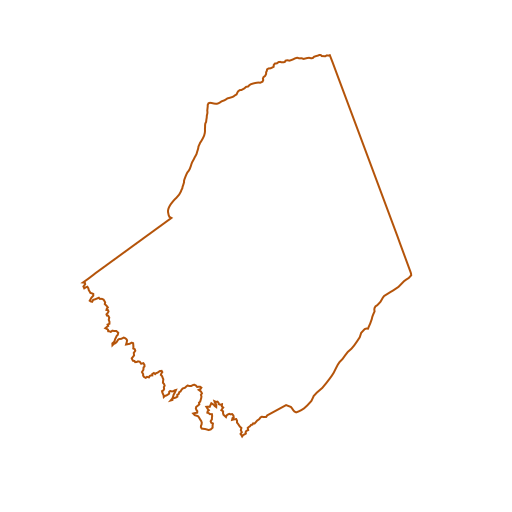 outline of Luís Eduardo Magalhães, Bahia, Brazil, rotated 328°
{"feature_id": "56859067B80722102150800", "entity_name": "Luís Eduardo Magalhães", "entity_type": "district", "adm_level": 2, "iso_a3": "BRA", "parent_name": "Brazil", "parent_adm1": "Bahia", "projection": "albers", "projection_center": [-46.156, -12.199], "detail": "fine", "context": "isolated", "style": "outline", "palette": "amber", "viewbox_px": 512, "rotation_deg": 328, "n_neighbors": 0, "source": "geoboundaries", "source_scale": "gbopen_adm2", "svg_char_len": 6094}
<svg xmlns="http://www.w3.org/2000/svg" viewBox="0 0 512 512"><g transform="rotate(328 256 256)"><path d="M102.6,210.7L103.6,212.2L103.6,213.6L103.5,215.4L102.3,216.6L102.9,219.1L103.1,221.1L101.7,221.5L100.6,222.5L101.8,223.5L101.5,224.9L100.1,225.7L98.3,226.2L98.0,227.5L99.0,228.3L98.9,230.5L97.3,232.1L96.9,234.1L95.8,235.8L93.8,235.5L93.6,237.0L92.1,237.1L90.0,237.4L90.8,238.7L91.4,240.0L90.8,241.5L91.9,242.3L92.6,243.4L94.6,243.2L96.0,244.5L97.8,245.6L98.5,248.1L97.0,249.6L95.6,249.9L94.0,250.9L92.4,251.9L91.1,253.1L89.8,253.7L87.9,254.0L87.0,255.6L88.6,255.2L90.4,255.4L92.0,255.2L93.3,254.6L94.5,254.0L96.0,253.9L97.7,254.8L99.3,255.0L100.6,255.1L101.4,256.2L102.0,257.8L102.0,259.2L100.7,260.6L98.9,262.2L102.3,263.5L104.6,263.6L105.6,264.8L104.6,266.8L103.7,268.4L102.9,269.4L103.8,270.8L103.4,272.4L101.0,273.4L99.9,275.7L97.9,276.4L96.4,276.9L96.2,278.3L96.2,279.8L97.3,280.6L97.3,282.0L98.7,282.7L100.1,282.8L101.4,284.1L101.5,286.5L103.7,287.2L103.7,289.2L102.9,290.6L101.6,290.9L100.2,292.8L97.8,294.0L97.7,296.4L96.9,297.6L96.9,299.1L97.9,300.9L99.5,300.7L100.9,302.2L102.3,301.4L103.7,301.6L104.8,302.3L105.5,301.1L107.4,301.1L107.9,302.7L109.3,302.4L110.6,302.8L113.4,302.6L115.1,303.4L115.0,304.8L113.7,305.3L112.3,306.4L112.7,308.2L112.3,309.7L112.1,311.4L111.1,312.6L109.9,314.2L110.2,315.8L109.8,317.6L108.4,318.3L107.6,320.1L106.2,320.9L104.7,320.8L104.2,322.3L104.0,323.7L103.8,325.2L103.1,326.7L104.7,326.4L106.2,326.8L107.7,326.8L109.4,326.7L110.4,325.2L111.7,325.0L112.8,326.2L114.2,326.9L115.7,326.8L117.1,327.2L114.3,329.1L112.7,329.9L111.1,331.4L109.6,332.5L111.8,333.3L113.3,333.6L114.8,333.6L115.7,332.0L117.2,332.1L118.8,330.8L120.2,330.9L121.9,330.0L123.6,329.5L125.9,330.1L127.9,329.7L129.4,329.6L130.5,330.9L132.1,331.9L133.9,332.0L135.4,332.4L136.4,334.0L136.7,335.9L138.0,336.4L139.3,337.2L139.9,338.7L138.4,339.4L136.5,339.2L137.5,341.7L137.4,343.8L135.7,344.6L135.4,346.0L134.4,347.3L131.5,349.9L129.9,350.2L129.3,351.8L127.2,352.1L125.3,352.3L124.2,353.4L123.9,354.8L124.0,356.5L123.1,357.7L121.2,356.9L119.3,356.3L119.7,358.5L120.9,359.9L121.9,361.1L122.1,362.5L122.0,365.0L122.1,366.8L121.7,368.6L120.5,370.1L119.4,370.8L118.6,371.9L118.5,373.6L121.2,375.8L122.5,377.2L123.6,378.5L125.7,379.1L128.2,378.6L129.4,376.7L130.7,375.2L129.7,373.7L130.0,372.1L132.1,371.1L132.9,369.8L134.0,368.5L134.8,366.8L133.0,365.6L132.7,364.3L131.7,363.1L132.8,362.0L134.3,361.8L134.0,360.0L134.0,357.6L135.4,358.3L136.8,359.4L138.4,358.3L140.1,357.2L141.4,359.9L141.5,361.3L142.2,363.0L143.6,361.0L143.4,358.6L143.8,357.1L144.8,358.6L146.2,359.1L146.4,360.7L146.1,362.1L146.9,363.2L148.6,363.7L147.3,365.5L147.9,367.1L146.4,367.7L144.9,368.4L145.8,370.3L144.8,371.7L144.3,373.4L144.8,375.2L145.2,376.7L146.6,375.6L148.1,375.5L149.7,375.7L150.5,376.8L152.0,377.4L152.3,379.3L151.6,381.0L150.2,381.0L148.9,382.3L150.6,382.8L152.8,383.8L152.6,385.7L151.6,387.2L151.8,388.6L151.9,392.1L152.5,394.1L150.8,395.7L150.6,397.9L148.6,398.7L148.7,400.1L148.6,401.7L150.2,401.0L151.8,401.2L153.3,401.2L153.8,399.9L155.2,399.2L157.1,399.5L157.9,397.4L159.3,397.2L160.7,397.2L162.3,396.6L163.6,397.1L164.9,396.4L166.0,397.3L167.5,396.9L169.7,396.2L172.2,396.1L174.3,395.3L175.8,395.4L177.1,396.6L179.4,397.9L181.0,397.1L202.5,398.4L205.6,402.5L205.8,404.1L205.9,406.7L206.2,408.3L207.2,409.9L209.7,410.4L212.6,410.7L215.9,410.7L220.3,409.9L226.1,408.3L229.6,406.1L230.7,405.3L233.0,404.7L235.1,404.1L242.3,403.0L248.0,401.1L253.1,399.2L256.6,397.8L260.0,396.2L264.4,393.5L267.8,391.5L270.7,390.2L274.8,389.2L279.2,387.4L283.0,386.0L287.8,385.2L291.8,383.9L296.3,382.0L300.9,379.9L304.5,376.9L309.4,375.6L311.2,376.0L312.5,377.0L313.9,375.9L316.9,373.9L320.7,370.9L322.4,369.2L324.5,367.6L327.2,365.8L327.9,364.2L328.9,363.0L330.7,362.0L332.6,362.0L334.7,361.5L337.3,360.8L341.6,358.5L343.5,357.8L351.4,357.8L353.8,357.9L360.4,357.7L368.2,355.8L370.8,355.6L373.8,355.6L377.4,354.6L378.2,352.9L378.6,351.3L384.2,324.5L384.8,321.6L386.3,314.7L409.7,200.3L420.1,149.2L423.5,132.7L425.0,124.8L423.7,124.5L422.4,123.4L420.5,123.3L418.9,122.1L417.7,121.3L417.4,119.9L416.3,119.1L414.8,118.9L412.9,118.3L410.8,117.8L409.1,118.2L407.6,117.6L406.0,116.0L404.2,115.2L400.8,114.1L399.5,112.5L397.4,111.3L396.0,109.7L393.9,109.1L391.7,108.9L390.1,108.6L387.9,108.1L386.3,106.6L384.6,106.0L383.2,106.7L381.8,106.2L380.2,105.2L379.4,104.2L377.9,103.5L375.8,103.7L374.0,102.8L372.3,103.4L371.2,104.9L369.0,104.7L367.7,104.5L366.0,103.6L364.3,103.6L363.2,104.8L362.0,105.5L361.0,107.0L359.2,108.1L357.1,108.3L355.8,109.3L355.4,110.6L353.9,111.6L351.4,111.3L350.0,110.2L348.5,109.5L346.8,108.8L345.0,108.2L342.7,107.6L340.9,107.6L339.2,108.1L337.2,107.3L334.9,107.7L331.6,107.5L330.1,106.7L328.0,106.9L326.4,107.8L325.1,108.7L323.2,108.6L321.5,108.8L320.1,108.6L317.8,108.0L315.3,107.2L313.1,107.3L311.6,107.2L308.7,106.6L306.8,106.7L305.2,106.6L303.5,106.2L301.8,105.0L300.7,104.0L299.5,102.8L298.2,101.7L296.7,101.3L295.1,102.3L294.3,103.6L291.7,106.9L291.1,108.2L290.3,109.3L288.7,110.9L287.4,112.7L286.3,113.9L284.7,115.9L283.3,116.7L282.2,118.0L281.1,119.7L280.1,121.1L278.9,123.1L277.7,124.6L275.8,126.4L274.3,127.4L272.8,128.3L270.0,129.8L268.7,130.3L267.6,131.1L266.2,132.0L265.1,132.8L264.2,133.9L262.9,135.1L261.7,136.1L260.7,137.0L259.6,138.0L257.9,139.0L256.2,139.9L255.0,140.7L253.6,141.5L251.6,142.6L250.1,143.7L248.5,145.1L247.1,146.2L245.9,147.1L244.0,148.1L242.0,148.8L240.1,150.0L238.4,151.2L235.9,153.1L234.7,154.2L234.1,155.3L231.9,157.2L230.4,158.4L229.3,159.6L227.9,160.4L226.5,161.5L223.4,163.2L219.2,164.5L217.6,164.8L215.7,165.3L214.2,165.8L211.4,166.8L210.1,167.4L208.5,168.3L206.9,169.4L205.5,170.8L204.7,172.1L203.6,175.0L203.3,176.9L204.4,178.9L110.8,185.5L108.2,185.8L101.7,186.4L95.2,186.8L96.7,188.0L96.2,189.4L93.5,190.4L93.2,192.4L95.3,192.4L96.7,192.7L96.7,194.5L96.1,196.4L96.1,198.2L96.0,199.6L96.9,200.5L97.9,201.9L97.0,203.4L95.7,203.8L94.4,204.1L91.3,205.8L91.8,207.0L92.8,208.0L94.7,206.9L96.3,207.4L98.1,207.7L100.6,208.1L100.8,209.6L102.6,210.7ZM109.6,332.5L107.1,333.3L108.8,333.8L109.6,332.5Z" fill="none" stroke="#b45309" stroke-width="2"/></g></svg>